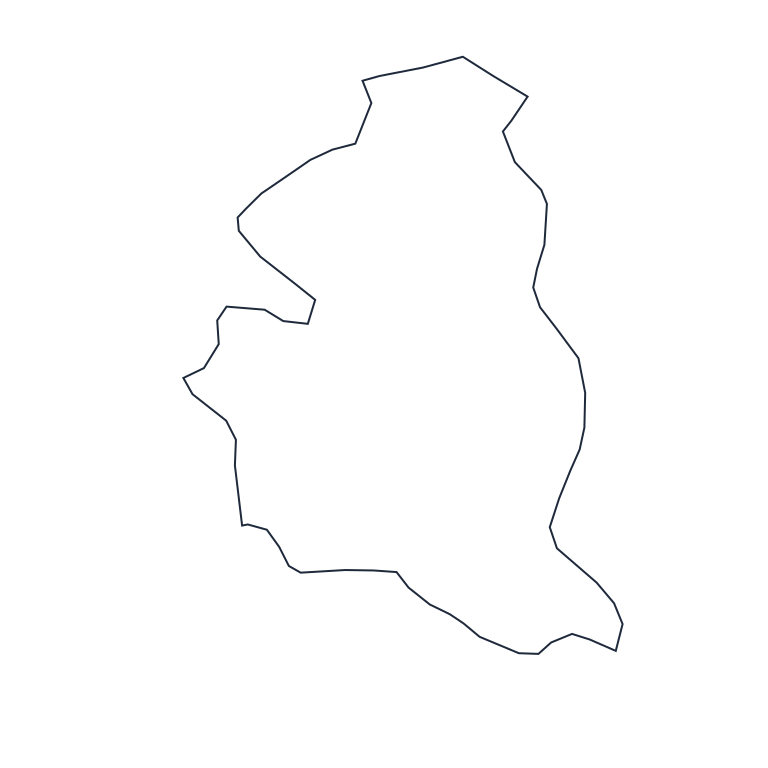 Cheorwon-gun, Gangwon, South Korea, rotated 79°
{"feature_id": "91817680B73346878676901", "entity_name": "Cheorwon-gun", "entity_type": "district", "adm_level": 2, "iso_a3": "KOR", "parent_name": "South Korea", "parent_adm1": "Gangwon", "projection": "mercator", "projection_center": [127.362, 38.202], "detail": "fine", "context": "isolated", "style": "outline", "palette": "slate", "viewbox_px": 768, "rotation_deg": 79, "n_neighbors": 0, "source": "geoboundaries", "source_scale": "gbopen_adm2", "svg_char_len": 1060}
<svg xmlns="http://www.w3.org/2000/svg" viewBox="0 0 768 768"><g transform="rotate(79 384 384)"><path d="M690.2,207.4L665.2,195.6L643.1,200.0L619.5,213.2L578.3,245.6L556.2,248.6L529.7,233.9L504.7,217.7L485.6,204.4L465.0,195.6L431.1,188.2L395.8,188.2L361.9,204.4L338.4,216.2L317.8,219.1L300.1,211.8L278.0,200.0L238.3,189.7L223.5,192.6L191.2,213.2L158.8,219.1L149.9,208.8L129.3,188.2L102.8,217.7L77.8,244.2L80.8,285.4L80.8,313.3L80.8,329.5L82.2,347.2L105.8,342.8L142.6,366.3L144.1,389.9L149.9,413.4L160.2,437.0L171.8,463.8L173.5,467.9L185.3,485.6L192.6,495.9L205.9,497.3L235.3,481.2L269.2,451.7L288.3,435.5L310.4,447.3L303.0,470.9L288.3,487.0L278.0,523.8L289.8,535.6L313.3,538.6L334.0,557.7L339.8,579.8L357.5,573.9L389.9,545.9L410.5,540.0L435.5,545.9L495.9,550.3L495.9,544.5L504.7,526.8L523.8,518.0L544.5,512.1L553.3,501.8L559.2,457.6L565.1,429.6L571.0,407.6L588.6,398.7L609.2,381.1L622.5,363.4L634.2,351.6L650.4,338.4L662.2,320.7L674.0,303.0L678.4,283.9L669.6,269.2L665.2,247.1L674.0,230.9L690.2,207.4Z" fill="none" stroke="#1e293b" stroke-width="2"/></g></svg>